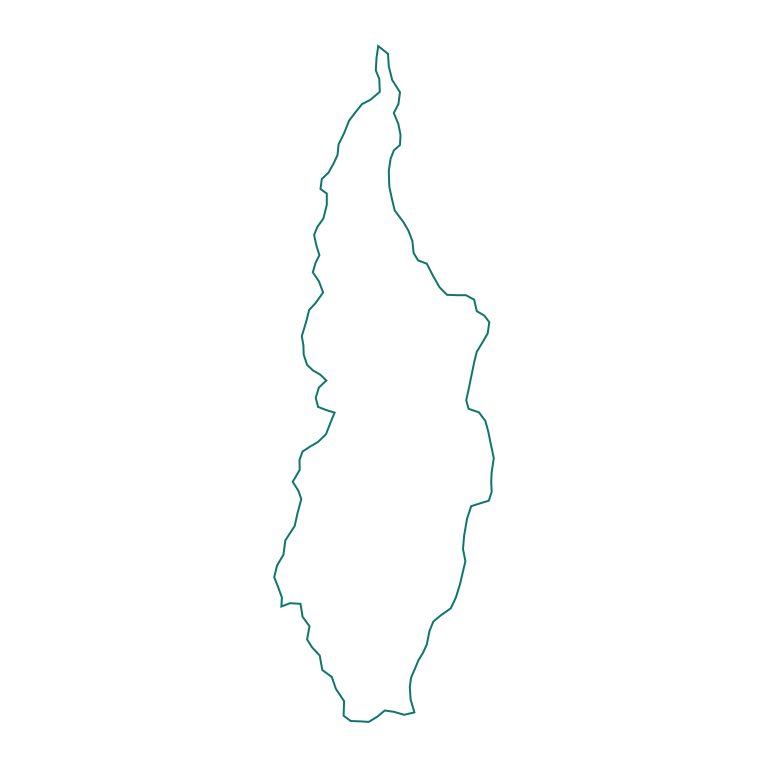 Nova Porteirinha, Minas Gerais, Brazil
{"feature_id": "56859067B51855792689739", "entity_name": "Nova Porteirinha", "entity_type": "district", "adm_level": 2, "iso_a3": "BRA", "parent_name": "Brazil", "parent_adm1": "Minas Gerais", "projection": "robinson", "projection_center": [-43.277, -15.718], "detail": "fine", "context": "isolated", "style": "outline", "palette": "teal", "viewbox_px": 768, "rotation_deg": 0, "n_neighbors": 0, "source": "geoboundaries", "source_scale": "gbopen_adm2", "svg_char_len": 1917}
<svg xmlns="http://www.w3.org/2000/svg" viewBox="0 0 768 768"><path d="M414.4,712.4L410.6,699.4L409.8,686.9L411.1,677.5L414.8,669.1L418.4,660.3L423.1,652.6L426.8,644.5L429.5,630.9L433.3,621.6L441.2,615.0L450.7,608.4L455.9,597.5L460.1,583.8L462.8,572.2L465.4,561.2L463.0,549.1L464.1,535.9L467.0,518.8L471.2,506.2L480.6,503.2L488.8,500.7L491.7,491.7L491.2,481.8L491.7,471.9L493.8,458.1L490.6,443.1L488.3,431.7L485.4,421.1L479.0,412.4L468.6,408.8L466.2,400.3L468.6,389.5L471.2,376.8L474.4,361.3L476.8,351.7L481.4,344.2L487.7,333.4L489.3,322.2L484.3,315.6L476.8,311.2L474.1,299.6L465.9,295.2L457.1,295.2L447.0,294.8L439.4,287.1L432.9,275.6L426.8,263.7L418.1,260.4L413.6,253.0L412.4,241.1L408.5,230.8L403.2,221.8L394.7,210.5L391.9,198.7L389.3,186.6L388.8,171.0L390.6,158.7L393.9,150.3L400.0,145.0L400.5,134.7L398.3,123.9L393.8,113.0L398.4,104.1L400.0,92.3L392.2,80.0L388.8,66.4L388.0,53.8L378.2,46.1L376.5,58.0L375.8,70.3L379.3,79.1L379.8,91.8L370.4,99.8L362.0,104.1L355.6,112.1L349.1,120.6L344.1,133.2L338.6,144.2L337.5,155.1L333.4,163.9L328.4,172.8L321.8,178.9L320.5,189.0L326.8,193.6L326.8,204.8L323.4,218.5L317.3,227.0L314.1,235.0L316.5,245.9L319.4,255.2L315.6,262.7L312.8,272.3L318.9,281.3L323.1,292.5L315.7,302.9L309.2,309.9L306.1,322.0L301.8,336.1L303.4,345.3L303.7,354.6L307.1,364.9L313.2,370.6L320.5,374.8L326.3,380.5L318.9,387.5L315.7,397.9L318.1,406.9L326.3,410.1L334.6,412.6L330.2,423.4L326.0,434.3L317.7,442.2L310.4,446.4L302.6,451.5L299.5,459.9L299.7,469.9L292.7,481.8L298.4,490.8L301.3,499.2L297.6,512.8L294.7,526.0L289.8,533.5L285.3,540.5L283.5,554.6L277.1,565.4L274.2,577.2L277.8,586.2L281.9,597.5L281.4,606.5L290.1,603.2L300.5,603.8L302.6,616.8L309.5,626.2L307.1,639.4L312.1,647.4L319.7,655.5L322.3,670.0L331.8,677.0L335.9,688.9L344.1,701.2L343.6,715.7L350.7,721.0L360.6,721.4L368.8,721.9L377.4,716.6L384.8,710.5L393.9,711.8L404.2,714.8L414.4,712.4Z" fill="none" stroke="#0f766e" stroke-width="2"/></svg>